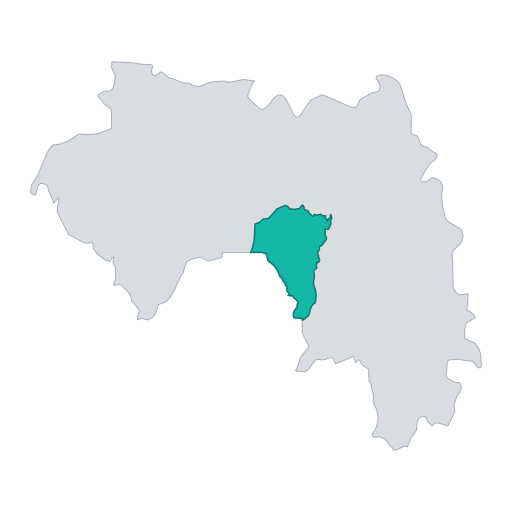 location of Faranah within Guinea
{"feature_id": "GIN-5636", "entity_name": "Faranah", "entity_type": "Prefecture", "adm_level": 1, "iso_a3": "GIN", "parent_name": "Guinea", "parent_adm1": "", "projection": "natural_earth1", "projection_center": [-10.509, 9.855], "detail": "fine", "context": "in_parent", "style": "filled", "palette": "teal", "viewbox_px": 512, "rotation_deg": 0, "n_neighbors": 0, "source": "natural_earth", "source_scale": "10m", "svg_char_len": 6741}
<svg xmlns="http://www.w3.org/2000/svg" viewBox="0 0 512 512"><path d="M322.0,359.9L317.3,359.2L315.2,360.2L308.9,368.7L305.2,372.0L299.4,370.9L297.3,371.5L295.7,370.6L297.9,365.9L300.9,356.7L308.5,347.4L308.7,345.5L305.6,340.1L302.3,332.7L302.3,324.8L301.6,319.1L294.8,317.5L293.6,316.5L293.4,314.6L297.2,304.7L297.5,302.7L297.1,300.9L292.9,295.9L286.4,286.6L275.2,267.4L271.1,263.3L267.1,257.5L265.6,253.7L261.4,252.4L222.5,252.6L221.7,257.6L208.3,261.0L200.0,257.1L190.8,259.4L186.4,262.0L182.9,273.1L180.9,275.5L178.9,280.6L177.1,283.3L175.1,288.8L170.7,296.7L166.1,301.8L158.3,304.6L155.9,312.8L154.1,315.9L151.0,318.3L147.8,319.9L141.4,318.3L137.9,319.8L137.3,317.7L139.3,311.2L137.7,307.7L131.6,300.9L131.0,297.6L129.1,293.4L121.1,284.6L113.5,285.2L115.7,277.8L115.6,268.1L113.0,262.7L113.7,257.3L112.3,257.6L109.8,261.4L105.7,260.2L97.5,254.4L93.4,248.7L93.0,244.0L92.0,242.1L89.5,243.1L84.4,243.0L68.7,234.5L57.6,213.0L57.4,208.2L59.0,199.9L58.7,197.6L53.5,203.1L52.6,199.4L48.7,190.8L47.6,185.9L43.8,183.7L40.8,183.3L38.5,184.9L35.4,195.0L33.1,194.9L30.7,192.8L31.3,185.3L37.3,175.9L47.5,152.1L51.1,146.7L53.4,144.8L58.2,144.6L67.5,141.4L78.9,134.0L87.7,134.6L98.0,133.7L111.4,128.6L111.6,112.7L111.2,109.1L106.4,105.9L103.6,103.2L101.3,99.7L98.4,97.1L98.5,94.5L104.4,91.1L109.9,91.1L111.7,89.8L113.1,87.6L114.7,81.8L115.2,75.8L111.6,67.6L111.9,61.8L131.6,62.7L142.4,64.3L151.3,64.7L152.7,66.0L151.4,71.6L152.6,74.9L155.6,75.8L160.5,71.9L163.1,72.8L168.6,77.7L173.8,79.0L179.4,81.6L184.7,83.1L189.4,82.9L192.9,85.6L199.5,86.5L208.0,83.0L214.7,81.5L224.0,81.1L229.0,82.3L243.3,79.5L254.5,81.0L252.7,82.9L247.6,95.7L248.2,97.9L259.6,108.7L262.3,109.5L265.4,108.1L270.3,103.1L274.2,97.7L277.9,95.1L282.3,95.2L285.8,99.0L293.9,115.0L296.0,117.0L297.9,117.0L301.5,114.0L303.3,110.5L310.8,100.0L322.5,94.7L350.2,106.8L354.2,107.7L356.6,106.8L360.1,99.6L370.5,93.5L375.5,91.9L378.4,91.6L379.5,89.7L380.0,86.8L379.4,83.8L376.2,78.3L376.1,76.7L377.9,75.7L381.9,74.9L387.0,75.4L392.8,77.8L397.6,81.2L400.3,85.2L405.5,102.1L411.3,115.3L411.1,133.1L413.7,134.9L416.6,135.6L417.9,137.0L420.7,144.3L423.4,146.5L426.6,147.0L432.6,151.7L436.5,153.5L437.0,154.9L436.9,156.8L435.4,159.3L429.6,164.2L426.7,168.4L420.9,178.4L420.7,180.3L421.9,181.7L424.4,181.9L427.0,181.2L432.4,177.6L436.7,178.9L440.8,181.7L442.3,184.6L442.7,188.4L441.8,193.3L441.6,198.8L443.0,208.2L445.2,217.6L447.3,221.0L461.1,229.3L462.4,232.3L463.1,235.8L462.1,240.6L460.7,243.2L453.2,250.6L452.1,254.1L452.7,260.6L453.2,288.0L456.2,292.7L459.7,295.0L468.0,293.7L467.8,301.3L466.7,309.9L471.5,312.5L473.9,315.1L475.3,317.5L467.7,322.1L465.5,324.7L464.5,331.9L464.7,338.4L474.9,343.2L478.9,348.7L480.7,354.4L481.3,365.2L480.4,367.7L477.7,367.7L472.6,361.1L464.6,360.4L458.7,359.2L448.9,360.0L447.3,362.0L446.1,376.4L448.5,378.8L453.2,381.5L456.3,382.7L458.8,382.3L460.8,384.1L461.2,388.8L459.9,392.3L457.3,395.5L454.1,403.8L454.8,411.4L449.2,423.5L447.7,425.9L440.3,423.5L435.5,422.7L432.1,425.8L427.3,421.1L426.4,417.4L424.6,416.6L421.4,416.6L418.5,418.7L417.2,422.5L416.5,430.3L411.2,437.6L407.4,446.8L403.0,446.0L402.1,447.1L397.4,449.5L393.4,450.2L392.4,447.7L390.0,445.7L387.4,441.8L384.5,438.7L378.8,436.4L376.6,437.4L374.0,437.2L372.2,435.9L372.4,434.0L375.4,429.2L377.1,424.8L378.0,420.0L378.0,415.5L376.4,409.0L373.9,403.9L373.2,400.9L373.5,396.7L373.0,392.8L372.1,390.7L370.9,383.2L369.4,381.9L368.6,375.9L368.8,369.8L366.6,367.5L363.2,365.8L361.2,363.4L359.9,360.7L358.7,360.0L357.6,360.1L356.7,361.8L355.5,362.1L353.5,356.4L352.7,356.2L351.3,357.5L335.4,363.8L333.4,358.4L330.3,357.4L325.1,359.6L322.0,359.9Z" fill="#d9dde1" stroke="#a8b0b8" stroke-width="1"/><path d="M290.3,295.7L289.2,295.7L288.4,295.4L289.0,294.8L289.7,294.2L289.6,293.8L288.6,293.1L287.7,292.0L287.0,290.9L286.8,289.6L287.1,287.9L287.2,286.9L286.7,286.4L286.1,286.1L285.6,285.4L285.3,283.4L285.1,282.9L284.5,282.2L282.9,280.9L282.5,280.2L282.1,278.3L281.8,277.8L281.4,277.4L280.4,277.0L280.1,276.7L279.7,276.1L279.0,273.7L277.5,270.5L275.4,267.3L272.9,264.5L268.4,261.2L267.9,260.4L267.1,255.7L266.6,254.1L266.0,253.4L265.1,253.3L263.0,252.6L261.5,252.4L250.7,252.5L252.4,247.8L254.2,240.3L255.1,224.0L259.7,222.3L263.0,219.1L268.3,218.5L271.7,215.1L277.0,208.9L281.4,207.1L285.4,205.4L287.6,206.3L289.8,208.9L294.8,209.3L299.4,208.6L301.2,206.1L302.7,205.0L303.5,206.1L303.9,206.8L304.0,207.3L304.1,207.8L304.0,208.5L304.1,209.0L304.3,209.4L304.5,209.7L304.8,209.9L305.1,210.0L306.4,210.1L306.9,210.3L307.3,210.6L307.7,210.9L310.5,214.4L311.2,214.9L311.5,215.1L312.3,216.2L312.8,216.0L313.4,215.9L313.8,215.6L314.1,215.1L314.3,214.5L314.9,214.7L316.7,215.0L317.8,215.0L318.3,214.9L320.7,214.3L321.2,214.5L321.6,215.0L322.2,215.5L323.1,215.8L324.8,215.7L325.6,216.0L324.8,216.8L324.9,217.4L326.2,218.7L326.5,219.2L326.9,220.6L327.1,220.9L327.6,220.7L327.7,220.1L327.7,219.6L327.9,219.4L328.4,219.1L329.8,217.9L330.2,217.4L330.4,216.2L330.3,215.0L330.8,214.7L331.1,214.9L331.3,216.8L331.4,217.1L331.5,217.4L331.7,217.7L331.8,218.1L331.7,218.6L331.2,219.5L330.9,220.0L330.6,220.4L330.5,220.9L330.5,221.6L330.6,222.1L330.8,222.4L331.0,222.7L331.0,223.1L330.9,223.8L328.9,228.4L328.5,229.1L328.1,229.3L327.6,229.3L326.9,229.3L325.6,228.9L325.3,229.1L325.2,229.4L325.2,230.1L325.3,230.6L325.3,231.2L325.1,233.4L325.1,234.1L325.2,234.6L325.3,234.9L325.6,236.1L325.9,236.7L326.1,237.0L326.4,237.6L326.5,237.9L326.5,238.4L326.4,239.1L325.8,240.2L325.5,240.8L325.1,241.1L324.6,241.4L324.3,241.7L323.0,244.1L322.3,244.6L322.1,244.9L321.9,245.1L321.7,245.4L321.5,245.7L321.2,245.9L321.0,246.0L320.7,246.1L320.0,246.0L319.7,246.1L319.5,246.4L319.4,246.9L319.4,248.5L319.4,249.1L319.3,249.7L318.9,250.5L318.6,250.9L318.1,251.4L317.8,251.9L317.7,252.2L317.6,252.5L317.6,252.9L317.7,253.7L318.3,255.2L318.4,255.6L318.5,256.9L318.7,257.3L319.0,257.9L319.2,258.6L319.5,259.2L319.6,259.6L319.6,260.1L319.4,260.6L318.6,262.2L318.4,262.4L318.0,262.5L317.2,262.6L316.9,262.7L316.6,263.2L316.5,263.8L316.4,266.1L316.4,266.7L316.6,267.1L316.7,267.4L316.9,267.7L316.9,267.9L316.6,268.2L315.9,268.5L315.7,268.7L315.2,269.4L314.6,269.9L314.3,270.1L314.1,270.3L314.0,270.6L313.9,271.1L313.9,271.9L314.4,275.3L314.4,276.3L314.2,278.1L313.8,279.8L313.5,283.9L314.4,287.1L315.5,290.1L316.1,295.9L315.4,302.5L312.8,304.6L311.1,307.2L310.1,310.1L309.5,312.9L308.8,315.1L308.6,315.5L307.7,316.4L304.3,319.1L303.0,319.9L303.0,319.4L302.2,318.8L300.8,318.3L298.4,318.0L295.8,318.1L293.7,317.3L293.2,314.7L293.9,311.7L295.0,309.5L295.6,309.0L296.3,308.6L296.9,308.1L297.4,307.3L297.5,306.7L297.2,305.5L297.2,304.8L297.5,304.0L297.9,303.2L298.1,302.4L298.0,301.5L295.4,298.9L294.8,298.5L293.9,297.9L293.2,297.1L292.5,295.9L291.9,295.7L291.3,295.7L290.7,295.7L290.3,295.7Z" fill="#14b8a6" stroke="#0f766e" stroke-width="1.5"/></svg>